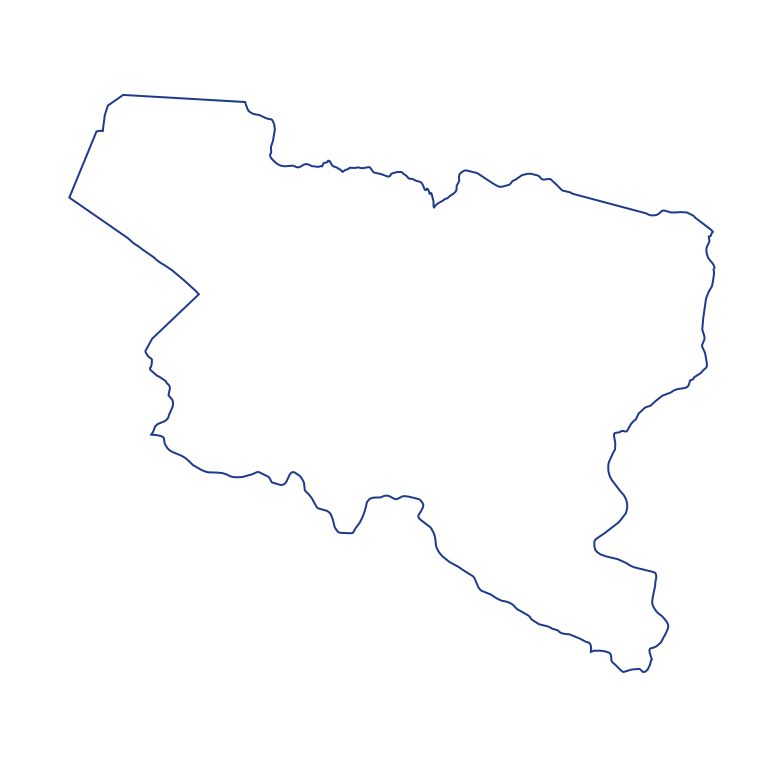 the district of Sulaco, Yoro, Honduras, rotated 3°
{"feature_id": "27666195B65323297642251", "entity_name": "Sulaco", "entity_type": "district", "adm_level": 2, "iso_a3": "HND", "parent_name": "Honduras", "parent_adm1": "Yoro", "projection": "orthographic", "projection_center": [-87.263, 14.959], "detail": "fine", "context": "isolated", "style": "outline", "palette": "blue", "viewbox_px": 768, "rotation_deg": 3, "n_neighbors": 0, "source": "geoboundaries", "source_scale": "gbopen_adm2", "svg_char_len": 6158}
<svg xmlns="http://www.w3.org/2000/svg" viewBox="0 0 768 768"><g transform="rotate(3 384 384)"><path d="M604.6,640.7L607.6,639.4L613.6,639.0L618.8,639.4L623.2,640.7L624.5,642.1L625.2,644.8L625.5,647.9L626.5,649.8L629.6,652.2L635.1,657.2L637.7,659.0L638.5,659.0L646.2,656.2L653.3,655.2L654.7,655.5L657.6,658.0L659.3,657.9L660.9,656.8L662.2,655.4L664.0,651.2L664.6,649.3L664.9,646.9L665.9,645.1L663.4,638.5L663.0,636.3L663.3,634.8L664.3,633.9L666.6,633.3L669.9,631.6L673.9,627.8L678.8,617.6L680.4,612.9L680.5,609.9L678.9,606.8L676.6,604.1L673.8,601.3L669.9,598.7L667.6,596.5L665.0,592.9L663.5,589.8L663.2,587.2L663.6,582.3L665.3,571.6L665.4,567.0L666.0,563.5L665.8,560.6L664.9,558.6L664.1,558.1L662.1,557.5L643.5,554.0L639.8,552.6L634.6,549.8L626.6,546.7L614.7,544.5L609.3,542.9L605.8,540.8L603.6,538.4L602.6,535.2L602.3,531.0L602.8,529.0L604.6,527.1L611.4,522.0L625.1,510.3L627.7,507.1L632.3,500.3L633.1,496.7L633.3,493.6L633.0,490.5L632.2,487.7L630.8,484.8L629.2,482.3L625.7,478.8L616.6,468.1L614.3,464.3L612.7,459.6L612.2,454.1L612.6,450.5L616.7,440.0L617.9,437.8L618.2,436.7L618.0,430.6L616.3,423.4L616.6,421.4L617.6,420.7L621.7,419.9L623.7,418.5L625.3,418.4L627.6,418.8L629.0,418.5L632.9,410.8L635.7,407.5L637.4,406.1L639.8,400.2L645.7,394.1L647.5,393.1L650.5,392.1L651.7,391.4L655.9,387.0L662.6,381.1L670.8,377.5L673.3,375.6L675.8,374.3L678.4,373.5L683.2,372.6L685.5,371.9L686.9,371.1L687.8,370.1L688.4,369.0L689.5,364.4L692.7,362.9L693.0,361.6L693.6,360.9L699.4,356.8L702.7,352.9L704.6,351.1L705.4,349.8L705.5,348.4L705.2,345.9L703.3,337.3L702.3,334.8L699.6,329.8L699.7,328.1L701.5,323.2L701.7,321.2L701.2,318.9L699.0,313.1L699.3,302.4L701.1,281.9L703.3,275.2L706.4,269.1L707.1,264.4L707.7,258.1L707.7,255.0L707.1,252.4L708.0,250.6L707.5,249.1L706.3,246.9L702.0,242.2L700.9,240.7L699.6,237.1L698.8,233.5L699.2,230.3L701.4,224.9L701.4,223.4L700.6,219.8L701.9,219.3L702.7,218.6L703.2,216.5L704.5,214.9L704.1,214.4L701.9,212.4L686.4,201.9L684.3,199.8L677.7,196.9L670.8,196.8L667.7,197.3L661.6,197.7L655.9,196.3L654.2,196.1L652.2,196.8L650.2,199.1L647.4,200.9L645.1,201.4L641.8,201.6L639.2,201.0L637.0,199.9L562.7,184.2L560.0,182.9L552.4,181.5L550.9,180.6L545.8,175.9L539.4,170.6L537.1,170.7L533.3,171.5L532.0,171.5L530.3,170.8L528.7,169.0L527.0,167.8L519.5,166.3L515.8,166.7L510.9,168.2L504.3,173.3L501.6,174.6L500.2,176.9L498.6,178.5L492.2,180.6L489.9,181.1L487.2,180.5L482.8,178.3L466.0,168.5L455.7,166.5L454.0,166.5L452.7,166.9L450.0,168.8L448.9,170.0L448.3,171.1L448.0,173.1L448.5,177.2L446.2,182.4L446.3,185.5L445.9,187.3L445.3,188.3L443.5,190.2L439.8,193.0L437.4,195.3L435.1,196.1L433.1,197.9L428.5,200.7L425.4,203.7L425.1,205.0L424.7,205.1L424.5,204.9L424.2,203.9L423.8,198.7L421.5,191.3L421.2,190.9L420.8,191.0L419.9,191.7L419.5,191.6L419.0,189.6L417.4,186.9L416.7,186.7L415.9,188.0L415.4,188.2L414.9,188.0L414.0,186.9L413.2,184.9L411.9,182.4L410.6,180.8L409.3,180.2L404.9,179.2L402.1,177.8L398.0,177.5L394.9,174.4L392.4,173.2L391.3,171.9L390.3,171.4L386.1,171.6L381.1,173.3L380.2,173.8L379.5,175.4L378.8,176.1L377.9,176.6L376.7,176.6L370.1,174.5L363.1,173.4L361.8,172.4L359.1,168.9L358.1,168.3L357.3,168.2L351.5,169.6L350.0,169.6L347.0,169.0L344.3,169.7L338.4,169.9L338.0,170.1L337.3,171.1L334.1,172.3L331.6,174.3L328.8,172.0L327.4,171.6L326.1,170.5L321.6,169.1L320.3,167.8L318.2,164.3L316.9,163.9L316.4,164.0L316.1,165.3L312.2,166.6L310.8,169.9L309.4,169.7L307.2,170.6L300.4,170.2L297.6,168.9L295.1,168.4L292.6,169.0L289.1,171.4L286.8,172.2L285.3,172.0L281.8,170.7L273.3,171.8L269.8,171.4L267.2,170.5L264.3,168.7L260.6,165.5L258.9,163.5L258.3,162.2L258.3,160.7L259.1,159.3L259.2,158.3L258.7,153.1L260.4,146.9L261.7,135.5L260.7,130.3L259.2,127.3L258.3,126.0L257.5,125.6L255.3,125.4L252.2,124.7L245.2,121.9L239.5,121.2L235.8,119.4L234.6,118.5L233.7,117.2L231.1,111.4L230.6,109.7L108.3,109.0L93.7,120.4L91.1,130.2L89.9,146.1L88.1,145.9L83.7,146.8L60.0,214.3L120.5,251.7L126.9,256.8L131.9,259.6L135.9,262.4L147.4,269.5L149.9,271.6L154.3,274.6L158.2,276.6L166.4,281.5L180.0,291.8L191.1,300.9L194.4,304.1L150.1,350.9L144.0,363.5L144.1,364.2L144.7,365.6L147.1,368.7L150.5,371.1L150.9,371.6L151.1,374.2L150.8,377.2L150.6,378.4L149.5,380.4L150.0,382.2L156.8,387.5L159.6,388.7L165.8,392.5L167.5,394.9L168.7,395.8L169.7,397.0L170.2,398.2L170.4,399.8L169.5,405.5L169.5,406.8L173.2,410.6L173.8,411.7L174.3,413.9L174.3,416.4L173.7,419.0L170.9,426.1L170.4,428.5L169.7,429.9L168.5,431.3L166.6,432.8L160.3,435.7L157.7,438.3L155.9,443.9L154.2,446.7L160.8,447.1L163.8,447.6L165.9,448.4L167.1,449.8L167.9,454.0L168.5,455.6L170.8,459.1L172.9,461.1L176.1,462.9L185.2,466.1L188.1,467.5L191.0,469.4L197.4,474.9L206.2,479.4L211.2,481.1L214.3,481.4L220.4,481.2L227.2,481.4L231.2,482.4L234.6,483.9L236.8,484.6L238.9,484.9L242.6,484.8L247.4,484.3L257.1,481.1L261.0,479.0L262.6,478.5L263.9,478.6L273.4,482.7L274.8,484.1L276.7,487.6L277.7,488.3L286.3,490.3L289.1,489.6L290.8,488.0L291.8,486.4L294.6,479.3L296.0,477.5L296.8,477.0L297.9,476.7L300.0,477.3L304.8,480.3L307.1,483.0L309.2,486.6L310.5,494.2L311.9,495.8L314.2,497.6L317.7,501.6L323.4,510.7L325.0,511.7L333.5,513.6L335.5,514.7L336.9,515.9L338.4,518.4L340.0,522.0L342.3,529.8L345.3,533.6L346.4,534.4L347.9,534.9L358.4,534.8L360.1,534.5L360.9,534.0L363.3,529.2L366.9,524.0L369.7,517.6L371.3,512.2L372.5,507.0L372.8,504.4L373.5,502.3L375.0,500.3L376.7,498.9L379.6,498.0L386.7,497.4L389.8,495.8L392.4,495.3L394.8,495.6L401.3,498.5L403.6,498.0L408.1,495.3L410.2,494.9L414.8,495.2L425.0,497.2L426.5,498.2L428.6,500.6L429.4,502.1L429.6,503.6L429.2,505.4L428.0,508.4L425.3,513.2L425.2,514.3L425.5,515.5L426.9,517.2L437.6,524.5L438.9,526.0L441.4,530.1L442.5,532.8L443.5,536.9L444.3,542.3L445.4,545.4L447.9,549.4L451.5,553.1L458.5,558.2L468.3,562.9L471.5,565.0L482.9,571.3L484.0,572.4L484.8,573.7L488.9,582.1L490.4,583.9L492.2,585.4L501.6,588.6L507.6,592.1L511.3,593.7L513.5,594.4L516.3,594.7L519.2,595.3L522.8,596.8L524.9,598.2L528.4,601.7L540.0,607.5L541.4,608.5L543.7,611.4L551.4,615.8L560.4,617.5L562.7,618.4L564.6,619.5L570.4,620.9L572.2,622.5L574.4,623.6L577.6,624.1L582.3,624.3L593.2,628.1L598.5,630.6L602.5,631.8L603.6,633.0L604.4,635.2L604.7,637.4L604.6,640.7Z" fill="none" stroke="#1e3a8a" stroke-width="2"/></g></svg>